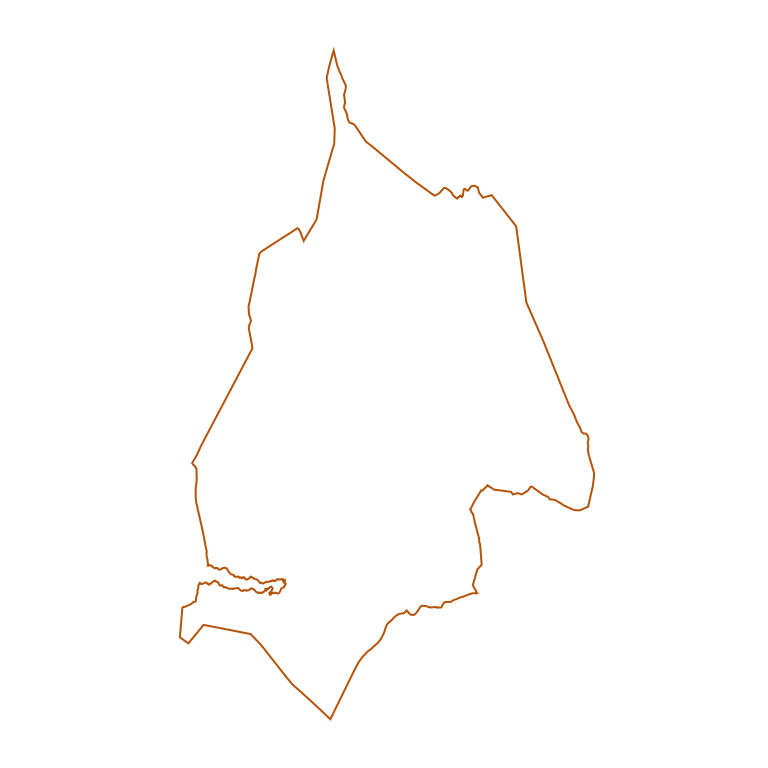 Odda nor, Hordaland, Norway, rotated 269°
{"feature_id": "86288312B11299132347208", "entity_name": "Odda nor", "entity_type": "district", "adm_level": 2, "iso_a3": "NOR", "parent_name": "Norway", "parent_adm1": "Hordaland", "projection": "natural_earth1", "projection_center": [6.638, 59.946], "detail": "fine", "context": "isolated", "style": "outline", "palette": "amber", "viewbox_px": 768, "rotation_deg": 269, "n_neighbors": 0, "source": "geoboundaries", "source_scale": "gbopen_adm2", "svg_char_len": 6148}
<svg xmlns="http://www.w3.org/2000/svg" viewBox="0 0 768 768"><g transform="rotate(269 384 384)"><path d="M134.3,175.5L128.1,183.9L146.3,199.4L136.3,246.2L126.4,255.5L122.8,258.4L92.1,281.6L85.0,287.4L76.5,296.7L60.7,313.4L49.7,324.5L98.6,349.5L106.3,353.8L111.8,357.9L113.2,359.6L114.9,361.0L116.8,363.0L119.4,366.6L121.8,369.2L124.3,372.3L127.1,374.9L129.2,376.5L134.6,379.4L141.4,381.8L143.4,382.7L145.1,384.2L148.2,387.9L150.1,389.7L152.3,392.3L153.9,395.1L154.3,398.9L154.6,399.9L155.6,401.3L157.2,402.8L156.5,403.5L155.4,404.1L153.3,406.0L152.4,408.5L153.0,410.7L154.8,412.5L158.8,415.4L159.8,415.8L161.5,417.7L161.4,421.8L159.9,425.4L160.1,425.9L159.8,426.7L160.1,432.2L159.4,433.1L159.7,434.1L159.7,434.6L159.5,434.8L159.6,436.0L159.5,436.4L159.7,437.4L161.2,438.3L162.6,438.9L164.8,440.7L164.9,441.1L164.9,446.6L165.5,448.0L166.4,449.3L167.1,450.6L167.5,452.6L168.7,454.8L169.0,456.1L169.5,457.1L169.8,459.0L171.3,462.8L172.6,466.7L173.2,468.7L173.2,470.2L173.1,471.6L173.2,473.5L181.3,469.3L197.0,474.1L201.5,478.5L220.0,477.4L222.5,477.2L224.5,476.4L227.4,476.5L244.2,472.4L251.8,470.9L252.0,470.7L252.3,470.9L253.1,470.4L253.9,469.4L256.1,468.7L257.1,467.9L257.4,467.9L258.0,468.6L264.9,472.3L274.7,478.6L275.7,478.9L276.0,479.4L275.6,480.2L275.9,480.8L276.7,481.4L277.0,481.9L277.6,482.4L278.8,483.9L281.0,485.7L281.0,486.0L279.8,486.8L279.9,487.3L276.5,492.1L273.9,509.3L271.3,510.9L272.5,515.7L271.2,519.9L275.0,526.2L278.3,528.4L278.9,529.9L270.7,540.8L268.3,546.0L265.8,547.7L265.3,552.4L261.6,558.7L259.3,561.8L254.5,572.3L254.3,577.9L257.8,585.9L277.8,590.9L287.8,592.4L291.3,592.5L309.9,587.4L315.1,586.7L318.2,587.2L322.2,586.6L324.1,587.4L325.5,587.5L328.5,587.0L330.9,585.2L331.0,582.7L331.3,582.1L332.6,580.7L337.7,579.0L339.3,577.8L343.7,575.8L349.7,573.6L359.6,568.7L424.2,544.0L463.0,527.8L539.4,518.9L570.9,495.0L568.6,486.1L573.6,482.4L578.9,481.2L580.7,477.9L580.2,474.7L579.6,474.1L577.2,472.5L575.9,471.2L575.7,470.8L576.3,469.9L577.7,468.4L577.5,467.5L576.7,467.0L571.3,466.2L569.9,465.7L569.7,465.3L569.7,465.0L571.0,464.1L571.0,463.3L570.0,462.8L569.7,462.4L569.6,461.6L568.4,460.9L568.1,460.4L569.7,458.2L572.2,455.7L573.6,455.5L574.7,454.3L576.3,453.0L578.8,449.2L578.9,447.3L574.2,443.0L573.1,441.3L571.5,438.4L571.9,437.1L585.2,419.3L596.2,406.0L621.9,376.1L626.5,370.3L643.2,359.4L643.7,359.0L644.7,357.4L645.9,354.3L647.0,353.4L649.1,352.5L654.3,351.6L657.2,350.6L660.0,349.2L661.7,348.9L662.4,348.9L663.9,349.5L665.2,349.6L665.8,350.1L674.1,349.1L675.9,349.8L679.5,350.7L682.5,351.1L684.6,350.4L689.5,348.0L695.0,346.2L695.9,345.5L702.9,342.9L718.3,339.5L702.7,334.8L691.0,332.0L640.4,339.2L624.6,338.4L620.2,336.8L588.4,327.0L549.8,319.5L528.5,306.2L537.2,303.1L540.0,301.7L541.1,300.6L541.3,300.1L536.7,293.0L532.3,285.7L518.4,263.4L516.3,261.6L500.4,258.0L495.8,257.3L491.9,256.2L468.5,251.1L464.3,249.9L456.5,250.2L449.8,252.1L446.7,251.1L445.3,250.4L442.9,249.8L441.9,249.8L424.8,252.8L423.1,252.8L422.2,253.2L326.5,200.6L315.8,195.4L308.3,190.8L306.7,191.8L305.1,193.6L302.4,195.0L291.3,195.1L282.3,193.8L274.9,193.8L269.5,194.1L238.5,200.5L224.8,202.8L222.2,203.5L221.5,203.3L219.5,203.9L217.7,203.5L213.6,203.8L212.5,204.3L208.0,204.7L206.9,205.1L205.5,204.6L205.6,205.3L205.3,205.9L205.6,206.2L205.8,207.0L205.7,207.6L204.9,209.0L203.9,209.6L203.2,210.9L202.8,211.2L202.7,211.7L202.9,211.9L202.8,212.6L203.0,213.1L202.8,214.3L202.6,214.6L201.6,215.2L201.2,216.1L201.3,217.1L201.9,218.2L202.5,218.8L202.5,219.5L202.8,219.9L202.8,220.5L203.1,221.2L202.9,221.9L202.9,222.4L202.2,223.7L201.6,223.9L201.3,224.3L200.8,224.4L199.3,225.2L196.4,227.6L196.1,229.2L195.6,230.5L194.8,230.6L193.9,231.6L193.8,233.3L194.1,234.8L193.7,235.5L193.0,235.6L192.8,236.9L193.2,237.7L193.1,238.1L192.3,238.6L193.0,239.6L192.9,239.8L193.2,240.1L193.2,240.8L191.3,241.9L190.9,243.3L191.1,243.4L191.2,244.3L191.9,245.5L193.2,246.8L193.1,247.7L193.2,248.0L193.5,248.1L192.7,249.0L192.1,250.4L191.3,251.0L191.0,251.8L191.1,252.8L190.6,253.6L189.8,254.6L188.7,255.4L188.3,256.0L187.5,256.3L187.2,256.9L187.4,257.5L186.9,258.6L186.9,259.4L186.6,260.1L187.5,261.1L188.1,262.6L188.2,265.5L189.0,267.3L188.8,267.5L189.0,267.9L188.9,267.9L189.0,267.9L189.2,269.3L189.7,270.1L189.4,270.5L189.0,270.6L188.7,271.4L189.4,272.5L190.7,273.8L190.8,274.7L190.3,275.3L190.2,276.0L190.4,276.5L190.4,277.3L190.7,277.8L190.2,278.5L190.2,278.9L190.5,279.4L189.2,279.7L189.8,280.5L190.0,281.2L189.8,281.5L188.9,281.4L189.2,281.0L189.3,280.6L189.0,280.2L188.7,280.2L187.2,280.3L186.8,281.6L186.1,282.2L185.1,282.0L184.8,281.5L182.6,280.6L182.6,279.9L182.0,279.1L181.3,277.6L179.7,277.1L178.2,276.4L176.5,274.8L176.4,273.7L177.3,272.0L177.3,271.4L177.0,271.2L176.7,270.4L177.1,269.0L176.9,268.5L175.6,267.2L175.1,266.4L176.1,265.8L177.3,265.8L178.1,267.0L178.8,267.7L178.7,267.8L181.6,269.2L183.2,267.9L183.0,267.7L183.0,266.6L181.5,264.9L181.5,264.5L180.9,264.4L180.8,264.0L181.1,263.8L181.0,263.6L180.2,263.3L179.7,262.9L180.1,262.5L181.2,262.6L181.2,261.8L179.5,261.5L178.3,260.2L177.8,258.9L177.0,258.2L177.5,257.4L177.3,257.0L177.5,256.7L177.4,255.9L177.7,255.3L177.2,254.8L178.6,252.2L180.5,250.9L181.3,249.1L181.8,248.7L182.0,247.9L181.8,247.1L181.3,246.9L180.1,245.0L180.1,244.1L179.7,243.3L180.0,243.1L180.1,242.2L180.3,241.8L180.1,240.5L180.3,240.1L179.5,239.4L179.8,238.8L179.7,238.1L180.2,237.0L182.1,235.1L182.6,234.0L182.1,231.1L182.0,230.3L182.2,229.8L181.8,229.2L182.0,228.0L181.9,225.8L182.6,223.7L183.3,223.1L183.3,222.0L183.8,221.6L183.5,221.2L183.5,220.2L184.5,219.3L185.2,219.2L185.6,218.4L185.7,217.8L185.4,217.3L185.5,217.2L185.5,216.2L188.6,214.6L189.4,212.9L189.4,212.6L189.9,211.9L190.3,211.8L190.3,211.1L189.8,210.1L188.8,209.3L188.6,208.4L187.2,207.2L187.2,206.7L186.8,206.0L187.0,205.9L186.5,205.2L186.8,205.0L186.9,204.6L187.6,204.3L187.8,203.9L187.7,203.6L188.4,203.0L188.6,202.2L188.6,201.7L187.4,199.3L187.1,197.8L187.3,197.4L188.2,196.9L188.5,196.4L186.0,195.0L183.2,194.7L180.1,193.8L178.6,194.0L175.7,193.1L174.8,192.6L173.4,192.5L169.9,191.9L169.4,190.7L169.5,190.0L168.2,188.2L167.7,187.9L165.2,182.6L164.6,180.5L164.7,179.8L163.9,178.5L134.3,175.5Z" fill="none" stroke="#b45309" stroke-width="2"/></g></svg>